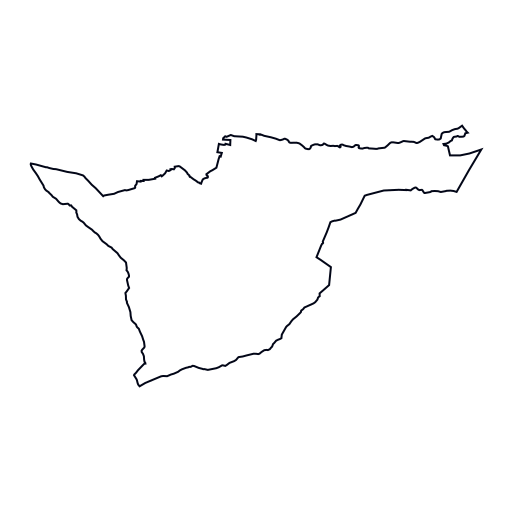 the district of Vicovu De Jos, Suceava, Romania
{"feature_id": "2599482B64673798461441", "entity_name": "Vicovu De Jos", "entity_type": "district", "adm_level": 2, "iso_a3": "ROU", "parent_name": "Romania", "parent_adm1": "Suceava", "projection": "robinson", "projection_center": [25.712, 47.878], "detail": "fine", "context": "isolated", "style": "outline", "palette": "ink", "viewbox_px": 512, "rotation_deg": 0, "n_neighbors": 0, "source": "geoboundaries", "source_scale": "gbopen_adm2", "svg_char_len": 6066}
<svg xmlns="http://www.w3.org/2000/svg" viewBox="0 0 512 512"><path d="M469.0,170.1L481.3,149.5L469.4,153.5L460.2,155.4L450.0,155.4L447.9,146.3L446.8,145.8L444.0,145.2L443.5,144.0L446.4,143.6L448.8,142.5L450.6,141.0L451.9,140.4L452.4,138.9L452.9,138.0L453.7,137.0L454.3,136.8L456.6,136.5L457.5,136.0L457.8,136.0L459.4,136.8L462.3,136.7L463.6,136.5L464.4,135.9L465.3,133.3L467.7,132.7L466.4,131.4L466.0,130.7L464.0,128.4L462.1,125.7L458.6,128.2L457.5,128.7L455.0,129.1L454.1,129.4L452.2,130.1L449.7,131.5L449.0,131.8L444.9,132.1L443.9,132.3L442.7,132.9L442.1,133.4L441.7,133.9L440.7,138.5L439.4,139.4L437.9,139.6L435.4,139.3L434.9,138.8L434.8,138.3L434.0,137.1L432.3,135.9L430.4,136.7L429.4,137.4L428.3,137.8L426.3,138.1L425.1,138.4L419.8,141.9L417.6,142.9L416.4,143.0L415.9,142.8L414.4,142.1L413.3,141.8L409.7,141.7L403.8,141.0L403.0,141.2L400.4,142.4L398.7,143.0L397.7,143.0L393.1,142.3L391.8,142.3L391.3,142.4L390.2,142.9L389.0,144.0L387.7,145.3L385.3,147.3L384.7,147.7L378.5,148.4L377.4,148.8L376.1,148.9L372.7,148.6L368.9,148.4L368.0,147.8L366.9,147.7L364.4,148.0L362.4,148.6L360.2,148.4L359.0,148.1L358.7,147.7L358.6,147.4L358.9,146.8L358.8,145.6L358.4,145.3L356.3,145.0L355.4,145.1L353.8,146.5L352.7,147.0L351.4,147.1L350.6,146.8L348.6,146.4L346.1,146.0L343.6,145.2L343.0,144.8L342.5,144.6L341.5,144.6L340.7,144.8L340.0,145.4L340.6,146.6L340.5,147.0L339.9,147.4L338.8,146.8L338.0,146.2L337.2,145.9L334.9,146.1L333.2,145.8L330.6,146.0L328.1,145.6L326.8,145.0L325.0,143.9L324.0,143.5L323.7,143.6L322.9,144.6L322.5,144.9L320.7,145.3L319.5,145.1L317.6,144.3L315.1,144.3L313.5,144.8L311.3,145.8L310.9,146.3L310.9,146.9L310.7,147.4L310.2,148.4L309.7,148.8L309.2,149.1L307.8,149.1L305.6,148.6L304.9,148.2L304.2,147.3L302.2,145.5L299.8,143.7L298.7,143.2L296.5,142.7L290.6,142.8L289.5,142.5L288.8,141.7L288.5,140.9L287.5,139.9L285.5,138.9L284.8,138.7L284.0,138.9L283.5,139.2L282.5,139.6L280.6,140.1L279.5,140.1L275.9,138.7L271.0,137.3L264.1,135.8L261.7,134.8L259.9,134.7L260.0,134.3L256.4,134.1L256.4,135.8L256.1,139.8L255.7,141.0L252.1,139.3L246.3,137.5L242.8,136.7L234.2,136.2L230.8,135.0L226.6,136.8L225.2,136.3L223.2,138.2L223.0,139.6L230.4,140.0L230.2,145.0L225.5,143.8L225.3,144.6L224.9,144.8L223.7,144.9L220.6,144.4L218.9,143.9L217.4,152.2L221.8,152.9L220.7,156.6L219.6,156.2L218.6,159.2L216.4,167.7L212.4,170.2L210.2,171.3L206.4,174.2L206.6,175.2L206.8,175.5L207.5,175.7L207.7,176.1L207.9,176.6L207.8,177.4L207.5,177.7L206.2,177.9L204.4,178.4L202.8,179.4L201.7,181.9L201.1,183.7L199.6,183.2L199.4,182.7L197.6,182.2L197.0,181.5L195.4,180.4L193.6,179.3L190.3,176.8L189.9,176.9L189.5,176.4L189.4,175.5L187.6,173.9L187.0,172.6L184.9,170.3L179.7,166.4L178.6,166.1L174.7,166.7L174.8,168.0L173.9,169.3L171.8,169.0L170.5,169.2L170.6,170.1L168.8,171.0L166.7,170.5L165.1,173.3L162.9,175.4L161.7,176.3L160.8,175.2L158.5,176.4L155.0,177.8L155.2,178.7L148.5,179.9L143.5,179.9L143.6,181.0L140.7,180.9L140.6,181.6L137.0,181.2L136.6,183.8L136.4,184.3L135.3,185.6L135.1,186.1L135.2,187.5L135.0,187.9L134.5,188.2L128.1,190.1L126.4,190.4L124.9,190.1L118.0,192.0L114.1,193.8L108.4,194.7L104.1,195.5L103.2,196.2L95.7,188.2L91.7,184.7L88.2,180.8L85.5,178.1L84.4,176.6L83.0,175.4L76.2,173.3L67.2,171.9L56.6,169.3L55.3,169.1L53.4,169.0L49.2,168.0L46.9,167.2L46.1,167.3L43.2,166.5L36.0,164.5L30.9,163.5L30.7,164.1L31.0,165.4L31.8,167.0L33.2,169.5L35.9,173.2L37.9,176.2L39.7,179.5L43.5,185.6L43.9,187.3L45.0,189.2L46.2,190.5L48.7,192.2L48.9,192.6L51.7,195.3L52.7,196.7L56.1,198.8L58.4,201.5L59.5,202.6L60.7,203.5L62.9,204.2L67.8,203.7L68.5,204.1L69.7,205.5L70.3,205.5L71.0,205.3L71.4,205.7L72.0,206.7L76.3,210.3L76.4,211.4L76.3,212.5L77.1,214.4L77.5,216.8L78.9,219.1L80.7,220.7L82.3,221.6L83.6,222.6L85.9,225.4L87.8,226.8L92.0,229.7L93.4,231.2L95.0,232.6L96.3,233.3L98.0,234.8L99.2,236.4L100.5,238.7L102.5,241.2L106.6,244.2L108.3,245.9L111.6,247.6L112.7,249.1L117.5,253.2L118.8,255.2L120.7,257.7L123.9,260.3L126.0,262.5L126.7,267.6L126.7,268.9L126.5,270.3L127.3,271.2L128.0,272.3L128.6,274.0L129.0,275.5L129.0,276.7L127.7,278.0L127.0,279.1L127.0,280.1L128.2,285.5L129.1,288.0L126.8,291.3L125.4,293.0L125.9,295.8L126.0,299.4L127.0,301.9L126.9,302.8L128.9,307.1L130.4,312.1L130.7,316.0L131.6,320.2L133.4,322.2L135.6,324.1L136.1,324.8L136.6,326.3L137.2,327.3L138.8,328.7L139.9,331.6L142.1,336.2L143.2,339.7L144.0,341.8L144.6,346.4L144.3,347.5L142.2,349.7L141.6,350.7L141.7,352.0L143.0,353.9L143.9,356.3L144.1,359.5L144.5,361.8L145.2,362.6L145.4,363.6L144.4,363.7L143.7,364.3L138.0,370.2L136.0,372.8L134.3,374.5L134.0,375.2L136.5,379.2L136.9,380.1L137.6,383.0L138.2,384.6L139.6,386.3L145.4,382.9L160.9,376.4L162.2,376.1L163.6,376.0L167.1,376.2L171.0,374.5L173.8,373.7L178.1,371.8L179.9,370.4L182.0,369.3L186.0,367.8L188.3,367.3L189.1,366.9L190.6,366.9L192.6,365.8L194.1,366.0L198.7,367.9L202.2,368.8L203.3,369.2L204.4,369.1L207.8,369.9L216.3,368.2L218.9,367.2L222.0,365.4L222.7,365.3L225.3,365.9L226.9,364.9L229.5,362.9L234.2,361.1L236.1,359.9L238.2,357.4L238.6,357.1L242.7,356.5L246.7,355.4L253.7,353.7L256.3,353.8L258.2,354.1L259.5,353.7L261.5,352.0L264.3,350.2L266.6,349.9L267.9,350.1L269.8,349.2L271.0,347.7L272.1,346.6L273.1,344.0L274.2,343.0L276.1,340.7L278.1,339.7L280.0,339.0L281.4,338.2L281.8,334.6L286.1,327.0L286.9,326.1L289.4,324.1L291.3,321.3L293.0,319.3L296.5,316.5L300.0,313.1L300.9,312.1L301.2,310.6L303.2,309.1L304.4,307.5L313.5,303.4L315.2,302.2L317.4,299.6L318.1,297.5L319.1,296.6L319.7,296.2L319.6,293.4L329.1,285.1L330.9,267.1L320.8,260.0L316.5,257.2L321.1,245.7L322.0,243.9L322.7,243.5L323.1,242.9L322.8,241.5L326.7,232.4L328.6,227.4L330.4,222.2L332.2,221.3L334.8,220.6L335.5,220.7L340.5,219.6L355.6,212.9L357.8,208.9L360.4,204.5L364.7,195.7L367.0,194.9L383.8,190.5L398.7,189.8L406.3,190.1L406.3,189.8L410.7,190.4L412.4,189.0L414.3,187.9L415.3,187.5L415.8,187.5L416.5,187.9L418.0,189.4L419.3,190.1L421.1,189.9L422.0,189.9L422.4,190.2L423.8,192.4L424.4,193.0L425.0,193.0L430.0,192.1L430.8,191.8L431.4,191.2L434.7,191.0L438.1,191.2L440.8,192.0L445.7,191.1L446.5,190.8L450.4,190.6L453.6,191.0L456.6,191.9L469.0,170.1Z" fill="none" stroke="#020617" stroke-width="2"/></svg>